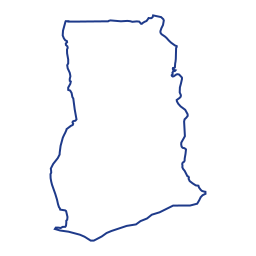 the border of Ghana
{"feature_id": "GHA", "entity_name": "Ghana", "entity_type": "country or territory", "adm_level": 0, "iso_a3": "GHA", "parent_name": "Africa", "parent_adm1": "", "projection": "orthographic", "projection_center": [-1.079, 7.965], "detail": "fine", "context": "isolated", "style": "outline", "palette": "blue", "viewbox_px": 256, "rotation_deg": 0, "n_neighbors": 0, "source": "natural_earth", "source_scale": "50m", "svg_char_len": 2490}
<svg xmlns="http://www.w3.org/2000/svg" viewBox="0 0 256 256"><path d="M161.1,17.1L163.3,19.2L163.8,20.5L163.0,25.0L161.4,28.2L160.4,31.2L160.5,32.7L161.5,34.2L164.9,36.5L166.6,38.0L168.7,40.4L171.0,42.6L175.0,45.5L176.7,46.1L176.7,46.9L176.1,48.0L175.8,59.0L175.5,61.8L175.2,63.2L174.9,67.3L174.4,67.9L173.7,67.9L173.0,68.0L172.8,68.8L173.1,69.7L175.5,70.3L175.0,70.9L173.2,71.4L172.4,72.7L172.7,74.1L171.7,75.2L172.0,76.0L172.7,76.5L173.7,76.3L176.5,74.4L177.7,74.2L179.2,74.6L181.9,77.5L182.0,78.9L180.9,83.7L179.9,87.4L179.7,92.4L180.9,95.2L180.7,96.7L179.5,98.0L176.7,100.0L176.9,101.3L178.2,103.7L180.6,106.4L185.2,109.8L187.6,114.2L187.7,115.9L186.3,117.7L184.6,119.3L184.1,121.5L184.9,136.2L181.3,142.6L181.2,144.5L181.6,146.6L182.6,147.8L184.5,148.2L186.0,149.4L185.5,153.9L184.7,158.5L184.6,160.7L184.1,161.7L182.7,162.6L182.2,164.0L182.5,165.8L182.3,167.1L183.0,168.8L184.7,170.9L187.4,176.2L188.5,176.6L188.9,177.7L188.6,178.8L189.7,181.1L192.7,183.4L195.8,185.4L198.4,185.7L199.0,187.5L200.7,189.8L201.9,190.9L203.8,191.5L205.4,191.8L205.5,193.8L202.6,195.2L200.7,197.2L199.2,200.3L197.2,203.7L190.2,205.5L187.5,205.5L173.1,205.6L159.6,212.3L151.8,214.7L147.0,218.5L140.5,221.1L136.0,224.4L126.7,225.9L111.4,231.0L106.6,233.0L101.7,236.5L93.8,240.6L90.7,240.6L84.5,236.7L79.9,234.7L68.6,231.7L60.1,230.5L56.0,229.3L54.9,229.0L55.8,227.6L58.2,227.6L60.7,228.0L62.6,226.9L65.3,226.8L66.0,225.7L66.3,222.9L66.3,220.7L67.2,219.7L67.5,217.0L66.1,211.1L65.2,210.4L60.2,209.6L59.9,208.4L59.0,207.2L58.0,204.1L57.0,199.6L55.3,194.0L52.0,184.7L51.2,181.5L50.6,178.1L50.5,174.1L51.2,172.7L51.1,170.6L50.8,168.6L53.2,163.9L57.8,158.1L58.8,156.1L59.6,154.6L59.7,152.6L60.6,145.8L62.8,137.7L64.2,134.7L65.1,133.0L66.3,130.3L66.6,129.1L70.8,125.9L72.7,125.0L73.2,123.8L72.5,122.4L72.8,121.5L73.8,121.0L75.4,120.7L76.5,119.4L74.7,109.3L73.4,99.4L73.3,98.5L72.4,97.1L71.6,93.0L70.2,90.6L68.2,89.9L68.2,87.6L70.3,83.8L70.8,81.5L69.8,80.9L69.7,79.1L70.4,76.3L70.1,74.5L69.7,72.7L67.7,68.3L67.2,65.2L68.2,63.4L68.2,59.5L67.1,53.4L67.0,49.5L67.7,47.9L67.4,46.4L65.9,44.9L65.8,43.5L67.1,42.2L66.9,41.1L65.3,40.3L63.9,38.4L62.7,35.4L63.0,30.7L65.4,21.9L65.7,21.2L68.4,21.2L68.4,21.6L76.8,21.6L86.4,21.5L97.8,21.4L108.2,21.3L108.7,20.9L110.4,20.4L120.9,21.3L127.4,20.9L130.2,21.2L132.3,21.8L136.8,21.4L139.2,21.6L141.1,23.8L141.8,23.8L142.8,22.9L144.6,21.8L146.5,21.0L147.8,19.3L148.6,18.0L149.8,18.2L151.5,18.1L152.7,17.0L153.1,15.4L161.1,17.1Z" fill="none" stroke="#1e3a8a" stroke-width="2"/></svg>